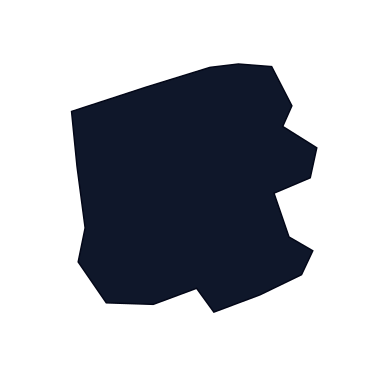 Nyíregyháza, orthographic projection, rotated 67°
{"feature_id": "HUN-4923", "entity_name": "Nyíregyháza", "entity_type": "Urban county", "adm_level": 1, "iso_a3": "HUN", "parent_name": "Hungary", "parent_adm1": "", "projection": "orthographic", "projection_center": [21.77, 47.935], "detail": "fine", "context": "isolated", "style": "filled", "palette": "ink", "viewbox_px": 384, "rotation_deg": 67, "n_neighbors": 0, "source": "natural_earth", "source_scale": "10m", "svg_char_len": 423}
<svg xmlns="http://www.w3.org/2000/svg" viewBox="0 0 384 384"><g transform="rotate(67 192 192)"><path d="M200.1,59.9L225.1,77.6L225.1,117.0L271.3,120.3L293.3,103.8L310.9,123.5L313.2,169.5L311.1,218.8L282.4,225.4L280.3,271.5L260.5,314.2L211.9,324.1L183.3,304.4L123.7,287.9L70.8,271.4L77.6,192.5L84.3,126.8L92.3,99.3L107.7,69.7L151.7,66.4L167.1,82.9L200.1,59.9Z" fill="#0f172a" stroke="#020617" stroke-width="1.5"/></g></svg>